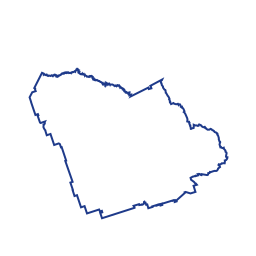 the district of Parkes, New South Wales, Australia, rotated 334°
{"feature_id": "25037944B17305446148962", "entity_name": "Parkes", "entity_type": "district", "adm_level": 2, "iso_a3": "AUS", "parent_name": "Australia", "parent_adm1": "New South Wales", "projection": "mercator", "projection_center": [147.963, -32.823], "detail": "fine", "context": "isolated", "style": "outline", "palette": "blue", "viewbox_px": 256, "rotation_deg": 334, "n_neighbors": 0, "source": "geoboundaries", "source_scale": "gbopen_adm2", "svg_char_len": 5769}
<svg xmlns="http://www.w3.org/2000/svg" viewBox="0 0 256 256"><g transform="rotate(334 128 128)"><path d="M180.0,99.4L166.7,99.9L166.8,100.3L166.4,102.6L163.8,102.1L164.1,100.6L144.6,100.8L144.9,100.6L144.9,100.1L144.6,99.9L145.0,99.5L144.2,99.5L144.2,99.0L143.7,99.0L144.2,98.1L143.8,98.3L143.3,97.9L143.9,97.0L143.4,97.1L143.4,96.2L142.8,96.2L142.6,96.0L142.4,95.3L142.1,95.4L142.0,95.0L141.6,95.0L141.7,94.6L141.3,94.5L141.3,93.6L141.1,93.5L141.2,93.3L140.9,93.0L141.3,92.6L140.9,92.1L141.4,92.1L141.4,91.6L141.2,91.2L141.0,91.6L140.5,91.1L140.5,90.9L139.8,89.6L139.9,89.4L139.6,89.2L139.7,88.9L139.6,88.4L139.2,88.0L138.8,88.1L139.0,87.4L138.7,87.2L138.9,86.9L138.7,85.8L138.0,85.9L137.7,85.6L137.9,85.3L137.4,84.9L137.0,85.4L136.5,85.1L136.0,85.4L135.7,84.7L134.8,84.6L134.9,84.1L134.1,83.9L133.6,82.8L133.1,82.1L131.1,81.2L130.8,81.4L130.7,80.4L130.4,80.6L130.0,80.2L129.2,80.3L129.4,79.7L129.2,79.7L129.2,79.4L128.9,78.9L128.9,79.3L128.5,79.3L128.8,79.5L128.5,79.7L128.0,79.3L127.4,79.6L127.7,79.1L127.4,78.8L126.9,79.0L127.1,78.7L127.0,78.2L126.6,78.7L126.3,78.3L126.2,78.8L125.9,78.2L125.4,78.2L125.3,77.9L124.9,78.2L124.5,78.0L124.5,77.6L124.8,77.6L124.5,77.0L124.8,76.2L124.4,76.1L124.0,75.0L123.4,74.6L123.4,74.2L122.7,73.4L122.7,73.1L122.1,72.8L121.9,72.3L121.3,72.0L121.2,71.3L120.7,71.2L120.1,70.5L119.7,70.6L119.5,70.4L119.3,70.6L118.1,69.3L118.4,69.1L118.1,69.0L118.1,68.8L118.6,68.2L118.3,68.1L118.0,67.6L118.5,66.9L118.2,66.8L118.5,66.1L118.3,65.5L118.1,65.3L117.9,65.5L116.8,65.3L116.6,65.0L116.9,64.7L116.6,64.5L115.9,64.6L116.0,64.9L115.8,65.1L115.4,64.6L114.9,64.7L114.6,64.2L113.7,64.0L113.5,63.0L112.6,62.1L112.6,61.7L112.4,61.8L112.6,61.2L112.0,60.8L112.0,60.4L111.7,60.4L111.8,59.9L110.5,59.8L110.6,59.1L110.0,59.4L109.6,58.9L109.1,58.8L109.1,58.6L108.6,58.2L108.1,57.1L108.3,56.9L108.0,56.9L107.7,56.5L108.0,55.6L108.7,55.4L108.7,54.8L108.4,54.4L108.5,54.1L108.9,54.1L108.7,53.8L108.6,52.7L108.2,52.5L107.9,52.9L107.2,52.8L106.9,53.4L106.0,53.6L105.3,54.3L105.0,53.6L103.6,53.9L102.5,53.3L102.2,53.6L101.1,53.3L100.8,53.7L100.4,53.2L99.1,52.8L99.1,52.3L98.8,51.9L98.6,52.2L98.0,52.0L97.4,51.7L97.3,51.4L96.8,51.7L95.6,51.0L95.8,50.6L95.0,50.5L94.9,50.3L94.4,50.4L94.5,50.8L94.2,51.1L93.7,50.9L94.1,50.7L93.9,50.4L92.9,50.0L91.8,50.2L90.9,50.8L90.2,50.8L89.6,50.5L88.8,50.8L88.8,50.4L88.5,50.4L88.2,50.8L87.8,50.6L87.1,51.0L86.8,50.6L86.3,50.5L86.5,49.9L86.3,49.4L86.8,49.3L86.5,48.9L85.8,49.0L85.6,48.0L84.8,48.2L84.6,47.9L83.4,48.4L83.2,47.7L82.9,47.7L83.2,48.1L83.0,48.3L82.3,47.1L81.2,47.3L80.0,46.2L79.4,46.3L79.2,45.9L78.6,45.8L78.4,44.6L78.0,44.8L77.7,44.3L77.1,44.3L76.8,44.0L76.6,43.2L76.2,43.2L76.0,42.8L75.7,42.9L76.0,42.0L74.9,40.7L61.3,51.0L61.8,51.7L61.5,51.9L61.2,54.4L57.6,53.9L53.0,57.3L52.3,62.3L52.2,62.4L50.5,75.7L53.1,76.0L53.0,77.2L52.2,77.1L51.3,84.5L51.7,85.2L56.3,85.8L55.6,86.4L55.1,87.6L54.4,87.9L53.6,87.9L53.4,88.7L52.9,89.1L52.3,90.5L52.4,92.9L52.7,93.9L52.4,94.9L51.8,98.9L55.7,99.4L54.2,110.9L59.0,111.5L59.7,112.6L59.3,116.0L60.0,116.1L58.1,130.2L57.2,130.1L54.6,152.1L52.3,151.8L51.3,159.5L51.0,159.5L50.1,165.7L52.7,166.0L51.0,178.7L54.7,179.2L53.7,186.8L66.3,188.6L66.2,190.7L68.2,191.0L67.9,192.5L65.8,192.2L65.1,197.7L98.9,202.6L99.1,202.1L98.9,200.4L104.5,201.3L104.2,203.1L104.4,202.6L105.1,202.3L106.8,203.1L107.2,203.2L107.3,202.9L107.9,203.2L109.1,203.0L109.5,202.3L110.0,202.2L109.8,201.8L110.1,201.4L110.4,201.4L110.2,202.6L111.0,202.8L110.7,205.0L111.8,205.2L111.1,209.0L115.4,209.7L115.5,209.1L120.1,209.8L119.8,210.3L122.1,210.6L122.2,210.1L123.4,210.4L123.2,211.9L125.0,212.2L125.3,210.8L126.0,210.9L126.0,211.1L136.9,212.8L136.7,213.1L138.4,213.4L137.6,215.0L139.6,215.3L140.2,214.2L150.6,211.3L150.7,210.6L151.7,210.7L155.5,214.2L160.6,215.0L161.6,208.7L165.0,209.2L164.6,207.6L164.1,207.2L163.7,205.4L162.0,202.1L162.4,200.2L165.2,200.1L165.8,200.4L167.7,200.5L167.7,200.9L170.2,201.3L170.4,200.0L171.2,200.4L171.6,200.3L172.3,200.8L172.4,201.4L173.2,202.5L173.4,202.6L174.0,201.8L178.5,205.0L179.5,205.0L180.4,203.7L181.5,204.2L182.4,203.4L183.1,203.9L185.5,204.2L187.0,204.5L188.6,205.3L189.3,205.3L190.5,204.7L191.2,203.9L193.6,203.4L193.7,202.3L193.1,200.9L193.7,200.4L194.5,201.0L195.4,201.2L196.8,200.9L197.0,201.2L198.0,201.3L199.4,202.1L200.7,200.1L200.8,199.6L202.1,199.8L203.1,199.4L204.1,198.6L204.5,197.9L203.6,197.5L203.6,196.5L205.6,193.8L205.7,193.1L205.2,192.1L205.7,190.9L205.1,188.9L205.4,187.7L204.4,187.7L203.5,186.8L203.3,185.9L202.8,185.9L202.8,185.6L202.6,185.6L203.1,182.8L204.7,181.1L204.7,180.7L204.3,180.4L204.7,177.7L205.2,177.0L205.6,174.5L205.6,173.7L205.4,173.4L205.9,172.5L205.9,172.1L205.4,172.0L205.3,170.8L204.1,169.6L204.0,168.5L203.7,168.2L203.6,167.6L202.8,166.9L202.5,165.7L201.7,164.9L200.6,165.2L198.8,164.4L198.3,163.5L198.1,162.7L197.8,162.6L197.4,162.0L197.7,161.5L197.5,160.6L196.7,160.6L196.0,160.3L194.9,158.7L195.0,158.0L194.7,157.4L193.5,156.0L192.3,156.6L192.0,156.6L192.0,156.8L191.6,156.7L190.9,155.8L189.7,155.3L188.5,153.9L187.5,156.0L186.9,156.8L185.8,156.4L184.5,156.5L184.1,156.3L184.7,154.4L184.7,153.3L185.2,152.9L184.9,152.0L185.1,150.7L185.5,150.4L185.3,150.0L185.6,149.2L185.1,149.0L184.1,148.1L185.1,146.6L185.5,145.2L185.7,140.5L185.4,138.4L185.2,138.1L186.1,137.7L186.2,135.3L186.1,134.4L185.7,133.8L185.8,133.0L185.3,133.2L184.7,132.0L185.1,131.4L185.1,129.6L184.2,129.0L183.5,129.4L183.4,128.1L182.0,127.9L180.9,127.2L180.6,126.7L180.1,126.4L179.8,125.5L177.2,125.4L177.2,124.1L176.9,123.5L177.0,123.0L177.5,122.7L177.4,121.8L177.7,121.3L177.5,120.3L178.1,119.8L178.1,117.3L177.8,116.6L177.6,113.0L177.4,112.8L178.2,110.6L178.2,110.2L177.6,109.5L177.2,107.1L177.6,106.0L177.2,104.3L177.6,103.1L177.4,102.6L177.7,102.1L177.6,101.3L178.1,100.1L179.4,99.9L180.0,99.4Z" fill="none" stroke="#1e3a8a" stroke-width="2"/></g></svg>